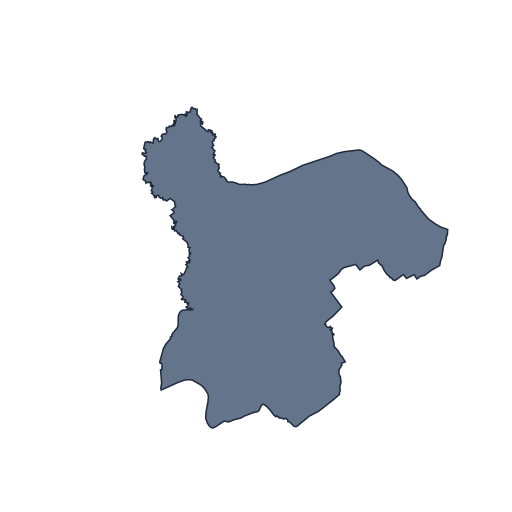 outline of Si Narong, Surin, Thailand, rotated 318°
{"feature_id": "78962969B85026049699572", "entity_name": "Si Narong", "entity_type": "district", "adm_level": 2, "iso_a3": "THA", "parent_name": "Thailand", "parent_adm1": "Surin", "projection": "robinson", "projection_center": [103.876, 14.794], "detail": "fine", "context": "isolated", "style": "filled", "palette": "slate", "viewbox_px": 512, "rotation_deg": 318, "n_neighbors": 0, "source": "geoboundaries", "source_scale": "gbopen_adm2", "svg_char_len": 6146}
<svg xmlns="http://www.w3.org/2000/svg" viewBox="0 0 512 512"><g transform="rotate(318 256 256)"><path d="M409.4,328.2L410.6,322.5L410.0,318.2L410.4,313.9L411.5,310.2L413.8,306.3L415.4,296.4L415.5,291.3L414.5,284.3L410.2,272.2L410.1,268.9L408.8,262.2L405.8,250.7L404.9,248.0L403.5,246.1L391.5,237.6L384.3,233.6L377.8,231.4L351.2,219.8L337.6,215.9L328.8,212.4L312.0,207.1L304.5,203.4L299.5,199.4L298.2,197.6L296.9,197.2L296.2,195.6L291.7,191.9L289.7,187.8L287.7,184.9L285.0,182.7L284.3,181.0L285.1,179.3L285.1,175.8L284.1,174.2L282.9,173.9L282.6,173.2L283.8,172.8L283.7,171.2L284.9,170.7L284.2,169.9L284.7,168.9L284.6,167.2L285.5,166.6L287.0,166.5L288.1,165.3L288.4,163.8L289.9,163.3L288.6,160.4L288.9,159.4L288.3,158.4L289.3,158.0L290.1,156.8L289.7,154.6L290.4,154.7L291.8,153.2L292.3,153.3L292.3,153.9L293.3,153.5L292.2,152.0L295.9,150.4L295.6,146.1L296.3,146.3L296.9,145.1L298.5,145.6L299.6,142.2L301.0,141.7L302.1,142.3L303.1,141.1L305.5,141.1L306.1,140.4L305.4,139.5L307.2,138.4L307.2,137.9L304.9,137.0L306.3,135.6L305.3,134.6L305.3,133.3L305.7,133.2L306.3,134.5L307.0,133.7L305.7,130.7L304.8,130.3L303.8,131.5L302.5,129.7L303.1,128.2L302.7,127.4L302.0,121.9L303.2,120.6L303.8,120.7L304.4,122.2L306.1,121.1L306.0,119.8L304.9,119.9L304.5,118.7L307.1,117.8L306.6,115.7L307.1,112.4L306.7,111.6L310.4,107.5L309.3,107.0L309.3,105.5L307.9,104.6L308.1,102.7L307.4,102.4L305.0,103.6L303.5,105.0L301.9,104.0L300.9,102.3L300.5,102.3L299.8,104.8L297.3,105.4L297.2,104.2L298.5,103.4L296.0,102.1L295.8,101.2L292.5,99.1L291.9,99.2L291.3,100.3L290.3,100.1L289.6,98.8L290.0,97.8L289.5,97.6L288.3,99.0L288.7,100.3L286.8,102.3L286.0,102.3L286.1,100.6L285.8,100.4L284.2,102.2L284.4,102.7L285.2,102.5L285.1,103.2L282.3,104.5L281.8,103.8L283.3,102.8L280.9,102.9L280.0,103.3L278.5,101.4L277.8,101.9L276.2,101.8L275.5,100.5L273.6,102.0L273.2,103.6L272.4,104.4L270.4,104.9L269.5,103.7L267.4,102.9L265.6,103.6L265.5,105.3L264.5,106.3L261.5,106.7L260.6,106.2L260.3,105.2L261.7,103.1L260.5,102.5L260.0,100.3L258.1,100.5L255.1,103.2L254.5,102.5L254.0,100.7L252.6,100.5L252.8,99.7L252.2,98.6L251.5,98.7L250.5,97.5L249.6,97.3L244.5,100.9L244.4,102.1L245.4,102.9L243.9,103.9L243.7,105.7L241.9,105.3L240.7,103.3L239.5,104.1L240.1,107.7L241.1,108.1L241.0,109.0L239.3,110.5L236.2,111.2L234.2,112.9L232.6,115.9L231.3,116.7L229.1,119.6L229.2,120.3L231.1,121.2L231.0,121.8L230.3,122.1L226.6,121.5L223.4,123.3L223.5,125.2L224.1,126.7L222.9,128.2L224.9,128.7L225.4,129.7L226.9,130.4L227.3,131.2L225.8,131.7L226.1,133.0L224.5,133.4L224.9,134.2L226.4,134.3L226.5,135.4L225.0,134.8L224.2,136.2L221.9,137.3L222.1,139.4L220.3,139.5L220.9,141.3L220.3,142.8L221.5,144.1L220.0,144.4L219.7,144.9L220.7,145.7L221.2,145.7L221.7,144.8L223.9,145.3L224.1,146.1L223.4,147.4L223.9,149.4L225.5,150.0L225.4,151.3L224.7,151.5L224.6,152.5L226.0,153.3L226.3,155.3L230.8,155.8L231.8,161.5L230.2,163.2L229.5,165.5L227.8,165.3L225.8,165.8L224.5,165.2L224.5,168.4L224.1,169.1L219.2,168.5L218.7,176.1L220.1,177.0L219.9,177.6L218.2,178.1L217.9,176.4L217.3,175.8L216.8,176.6L217.4,178.6L216.3,179.6L215.5,179.6L214.6,178.8L213.9,180.6L212.9,179.7L212.8,178.1L212.0,179.0L211.9,180.3L213.0,181.5L212.3,182.9L213.7,183.9L213.1,187.4L214.0,187.5L214.2,188.0L213.4,189.2L215.1,192.9L214.4,193.9L213.2,194.0L213.0,194.4L213.6,196.8L213.8,200.0L212.3,203.4L211.3,203.9L212.5,205.6L211.6,205.6L209.6,207.3L209.3,210.2L208.8,210.4L208.8,209.5L208.3,209.3L206.1,211.8L204.4,211.8L204.4,214.2L203.7,214.4L203.8,215.1L203.0,214.5L202.1,216.4L201.4,216.1L201.1,214.1L200.2,213.8L200.2,215.1L199.8,215.6L198.1,215.5L198.3,216.9L197.7,217.4L197.7,218.7L196.0,218.5L194.4,219.6L190.0,221.3L189.3,221.0L188.7,219.1L188.0,220.9L185.6,219.7L182.6,221.0L182.8,222.0L184.2,222.2L184.2,223.6L180.7,222.8L181.0,224.0L180.5,226.0L179.2,225.9L177.9,226.8L178.3,231.2L177.1,231.6L176.8,233.3L174.4,234.4L174.6,237.2L174.3,237.9L173.5,238.4L172.3,238.0L171.6,238.3L171.9,239.1L174.4,241.2L174.3,241.8L172.7,242.1L172.2,242.7L173.5,244.2L173.4,244.9L174.6,245.6L174.2,246.1L172.9,245.8L173.0,247.1L172.6,247.5L171.7,247.7L170.1,247.1L169.7,247.5L170.3,249.9L172.5,250.8L172.8,252.6L173.4,253.2L172.6,253.4L169.5,250.4L165.0,247.0L162.7,246.7L160.5,247.3L158.0,248.7L151.7,255.4L149.6,256.6L142.9,257.6L140.6,258.2L140.0,259.4L138.1,259.0L137.2,260.2L129.9,261.2L125.5,262.7L113.4,270.4L113.1,271.7L114.0,272.1L113.4,274.0L110.0,277.4L108.9,276.7L100.9,287.2L96.7,290.6L95.8,292.2L113.5,297.8L119.4,300.2L122.0,301.8L125.5,305.3L128.9,315.5L129.0,320.9L127.8,326.7L126.2,329.0L123.2,331.8L114.6,338.4L110.0,342.9L108.0,347.8L107.6,350.7L107.6,352.3L108.6,354.8L111.9,355.9L121.9,357.4L124.4,360.9L130.3,363.1L136.2,366.2L140.5,367.2L149.9,370.9L153.1,372.8L155.0,372.8L159.9,370.7L161.7,370.6L162.6,371.9L163.3,375.3L163.4,379.4L162.8,386.2L163.2,388.5L163.6,388.9L163.9,388.3L164.4,388.9L164.3,389.4L165.2,390.5L164.8,391.8L166.5,393.6L167.5,395.7L169.6,396.6L169.8,399.1L168.9,400.6L169.6,400.8L170.0,402.5L170.3,408.0L171.5,409.6L172.6,410.0L188.7,410.7L198.5,413.3L219.1,414.7L225.6,414.7L226.2,413.6L228.2,412.6L230.9,409.2L235.1,406.5L235.5,405.1L236.5,404.5L236.7,403.6L237.7,402.6L238.9,398.8L241.7,396.1L246.9,394.5L247.7,392.9L251.5,394.4L252.7,388.2L252.5,386.4L253.6,381.3L253.5,375.5L255.4,373.3L259.1,366.9L260.4,366.2L261.2,366.6L261.6,366.2L261.4,365.6L260.2,365.7L260.1,365.3L261.9,363.3L261.9,360.5L263.0,361.5L264.5,360.8L263.9,360.2L264.0,358.0L262.9,358.3L261.3,356.5L261.3,355.1L262.1,353.5L261.6,352.9L263.6,351.7L273.5,352.2L285.6,351.4L287.4,332.8L289.7,333.3L293.1,332.8L294.1,329.7L294.8,323.2L297.3,323.8L305.2,324.2L308.8,323.5L309.1,323.0L313.5,323.5L324.4,328.9L323.9,335.9L329.9,336.1L334.2,338.8L343.8,340.5L342.5,342.8L342.7,346.3L343.2,347.3L341.5,352.8L341.1,357.3L341.5,360.4L341.0,361.5L342.2,363.0L341.7,364.8L342.2,366.2L343.1,367.3L353.1,368.4L352.8,373.4L361.0,375.6L360.2,380.7L364.9,381.3L368.4,383.2L376.8,383.9L386.2,386.0L389.8,383.1L393.1,381.4L402.9,373.4L403.9,373.5L408.4,371.1L409.5,369.6L410.1,369.6L411.3,368.3L412.2,368.5L416.2,364.6L412.5,357.7L410.7,352.0L409.3,345.6L409.0,343.6L409.2,332.3L409.7,330.7L409.4,328.2Z" fill="#64748b" stroke="#1e293b" stroke-width="1.5"/></g></svg>